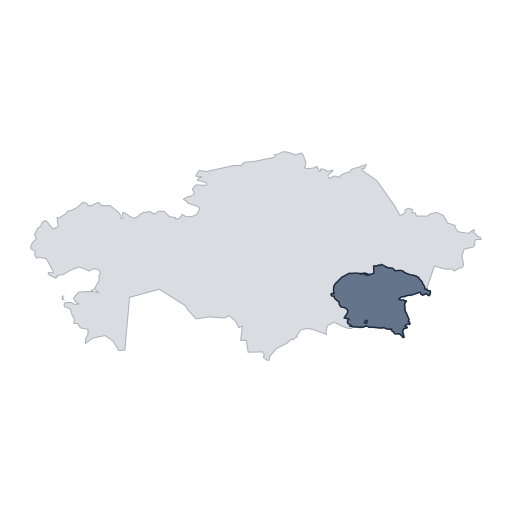 where Almaty sits in Kazakhstan
{"feature_id": "KAZ-3207", "entity_name": "Almaty", "entity_type": "Region", "adm_level": 1, "iso_a3": "KAZ", "parent_name": "Kazakhstan", "parent_adm1": "", "projection": "natural_earth1", "projection_center": [78.658, 44.747], "detail": "fine", "context": "in_parent", "style": "filled", "palette": "slate", "viewbox_px": 512, "rotation_deg": 0, "n_neighbors": 0, "source": "natural_earth", "source_scale": "10m", "svg_char_len": 8666}
<svg xmlns="http://www.w3.org/2000/svg" viewBox="0 0 512 512"><path d="M297.4,336.7L294.7,337.9L293.1,339.8L291.2,339.2L287.4,342.9L276.4,348.6L269.6,356.6L269.3,360.2L267.5,360.3L263.4,357.5L264.3,354.4L262.3,351.9L248.2,352.2L246.3,340.4L240.7,340.3L242.4,326.1L238.9,327.7L235.8,321.5L229.3,315.7L224.0,318.0L210.0,316.9L196.0,318.8L187.2,309.1L185.7,305.9L159.3,289.3L129.5,297.3L124.9,350.1L118.7,350.5L112.8,340.8L104.9,335.5L92.5,338.2L85.5,343.5L85.6,338.9L87.9,334.2L88.1,329.4L80.3,327.8L77.5,323.6L73.9,323.4L74.4,319.0L72.1,315.1L70.2,308.8L64.7,306.9L64.0,304.9L64.7,303.2L66.1,302.6L71.2,302.5L74.6,304.4L78.8,303.9L76.3,302.7L73.3,298.3L78.6,292.1L90.1,291.4L98.7,292.5L94.2,289.0L99.3,280.2L98.9,276.2L100.4,273.4L99.5,270.8L98.0,269.4L93.2,268.8L89.1,271.1L83.6,268.3L78.8,267.1L69.9,270.4L63.5,274.5L57.3,275.5L57.3,277.1L56.5,276.7L55.5,277.4L55.7,278.1L49.2,274.9L48.2,273.7L48.4,272.5L52.5,272.9L53.4,271.9L46.3,258.6L38.9,257.3L36.7,258.2L34.8,255.3L35.1,251.2L31.0,248.7L30.7,246.4L32.2,243.1L36.6,238.3L34.5,235.2L35.0,233.3L37.6,228.4L40.7,226.3L42.1,222.5L44.3,220.7L46.5,221.0L52.3,228.3L53.4,228.7L57.1,227.3L58.2,226.1L57.0,217.7L59.0,217.9L65.1,214.4L67.5,211.2L71.1,210.5L76.8,207.8L82.8,202.2L86.7,203.3L88.3,205.7L91.2,205.6L98.3,202.4L101.7,205.6L110.0,205.6L118.0,211.8L120.7,215.4L120.9,218.2L121.8,218.8L123.0,217.1L122.3,213.1L123.5,212.2L130.8,217.0L134.2,218.2L138.4,216.3L139.6,214.5L143.7,212.1L145.0,212.6L149.4,211.4L153.9,213.9L156.2,213.4L158.5,211.1L164.1,211.4L169.4,216.6L175.5,217.6L176.1,219.4L179.4,218.2L182.4,214.4L186.2,216.8L191.9,216.6L196.9,214.3L199.5,209.1L199.3,207.8L197.3,206.2L187.8,203.3L187.1,201.6L183.4,199.3L188.0,196.7L190.7,196.3L194.4,193.7L192.4,189.0L195.7,184.9L205.7,185.3L206.9,184.5L206.3,183.0L202.6,181.4L197.8,180.6L197.4,179.9L198.3,178.4L201.6,177.3L201.1,176.5L198.6,176.9L195.8,176.0L199.0,170.5L206.4,171.5L233.9,165.5L238.9,165.3L240.6,166.1L242.4,163.7L245.0,162.2L253.0,161.6L273.9,157.4L274.9,156.3L274.5,154.8L278.0,154.2L282.9,151.7L288.3,152.2L295.5,154.8L301.5,152.9L303.3,155.3L305.9,162.5L305.4,165.8L304.3,167.2L304.7,167.8L307.3,168.6L314.4,167.9L316.4,166.3L318.5,169.1L319.1,171.6L320.6,170.8L320.4,169.5L321.0,168.9L324.1,169.3L327.5,171.3L332.7,170.2L332.3,171.7L328.2,174.8L327.9,176.3L329.2,178.4L334.1,176.0L337.8,176.6L339.3,177.8L340.5,175.6L344.6,173.2L348.8,172.2L350.5,171.2L351.1,169.5L366.2,164.7L364.2,168.8L361.7,168.7L362.3,170.4L377.0,180.8L394.4,205.5L400.1,215.5L404.9,213.1L405.1,209.8L408.2,208.2L412.5,209.7L412.0,212.8L415.4,212.9L416.3,216.0L427.6,216.1L430.4,213.8L436.9,212.4L443.4,215.5L447.7,223.0L455.1,225.5L455.3,227.8L458.0,231.7L468.5,233.4L473.8,229.5L474.4,230.6L473.3,232.5L475.4,233.5L477.6,236.4L480.2,237.4L481.3,239.2L475.6,239.7L474.8,241.3L474.8,244.7L473.0,247.1L464.2,249.1L461.9,255.7L463.7,265.1L461.8,267.8L459.1,268.2L454.1,271.1L452.7,269.1L445.5,269.1L434.4,266.1L426.8,288.7L426.9,289.8L430.2,291.2L430.3,293.0L429.2,295.4L426.3,294.1L422.7,294.9L419.8,292.2L401.4,297.1L399.3,298.9L400.7,300.1L403.7,300.0L406.2,301.3L404.8,303.6L404.9,310.2L408.3,317.8L408.5,321.5L409.9,323.6L409.5,324.4L407.9,324.1L405.4,325.3L405.3,326.3L407.1,327.7L403.2,329.7L402.8,331.3L403.9,336.9L403.4,337.6L400.1,334.4L394.4,333.4L391.0,329.2L366.6,326.3L353.5,326.8L351.1,328.6L348.0,328.3L341.8,326.2L334.9,322.5L332.0,323.1L327.4,325.9L325.8,331.8L326.5,334.4L312.8,329.4L306.9,328.5L301.1,329.8L296.8,335.4L297.4,336.7ZM63.9,299.3L62.9,299.7L61.9,298.1L62.4,296.6L63.4,296.1L62.4,298.0L63.9,299.3ZM93.0,291.3L92.0,291.1L91.6,290.5L92.9,289.8L93.0,291.3Z" fill="#d9dde1" stroke="#a8b0b8" stroke-width="1"/><path d="M426.6,289.3L426.5,289.6L426.9,290.2L427.3,290.3L429.0,290.6L430.2,291.0L430.4,291.3L430.4,291.8L430.4,292.4L430.2,293.7L429.9,294.7L429.4,295.5L428.7,295.6L428.1,295.3L427.2,294.3L426.6,294.0L426.1,293.9L425.5,294.0L423.3,295.0L422.8,295.2L422.3,295.0L422.1,294.7L421.9,294.6L421.1,294.5L421.0,294.4L420.9,294.2L420.9,293.9L420.8,293.4L420.6,292.8L420.3,292.4L419.9,292.4L419.5,292.3L419.0,292.4L418.1,293.0L413.7,294.3L412.7,294.8L412.3,294.9L411.8,294.9L410.4,295.4L410.1,295.4L409.2,295.2L408.6,295.2L406.8,295.8L406.0,295.7L405.8,295.7L405.6,295.9L405.3,296.4L405.2,296.6L404.9,296.6L404.0,296.6L403.2,296.9L402.4,296.7L401.9,296.8L401.5,297.0L401.0,297.3L399.9,298.2L399.4,298.4L399.2,298.6L399.0,299.0L399.3,299.4L400.7,300.2L401.2,300.2L403.2,299.8L403.5,299.9L403.8,300.0L404.3,300.4L406.2,301.0L406.3,301.1L406.4,301.3L406.3,301.5L406.2,301.6L405.4,301.8L405.0,301.9L404.8,302.2L404.8,302.4L404.9,302.5L405.1,302.7L405.1,302.9L405.1,303.1L404.9,303.4L404.6,304.5L404.5,305.1L404.6,305.6L405.0,307.7L405.1,308.2L404.8,309.3L404.7,309.8L404.7,310.1L404.9,310.3L405.3,310.6L405.4,310.9L405.5,311.1L405.5,311.4L405.5,311.7L405.6,312.0L405.8,312.3L406.3,312.8L407.6,316.1L409.0,319.3L409.0,319.8L408.8,320.2L408.2,321.2L408.4,321.5L408.8,321.6L409.3,321.8L409.4,322.0L409.5,322.2L409.5,322.5L409.6,322.8L409.6,323.0L409.9,323.5L409.9,323.8L409.9,324.1L409.7,324.3L409.2,324.5L409.0,324.4L408.4,324.0L408.0,324.0L407.5,324.2L406.6,324.8L405.6,325.2L405.1,325.5L405.0,325.9L405.2,326.3L405.6,326.6L406.4,326.9L406.9,327.0L407.1,327.1L407.2,327.4L407.2,327.7L406.9,327.8L406.4,327.9L405.5,328.2L405.3,328.4L404.7,328.6L404.1,328.5L403.8,328.6L403.5,328.9L403.3,329.8L403.1,330.2L402.7,330.8L402.6,331.0L402.5,331.4L402.6,331.6L402.7,331.8L402.8,332.4L402.9,332.6L403.2,333.0L403.4,333.3L403.3,333.6L403.2,333.9L403.2,334.1L403.5,335.2L403.5,335.4L403.7,335.7L403.8,335.9L404.0,336.9L404.0,337.2L403.8,337.4L403.4,337.6L402.9,337.3L402.5,336.9L402.2,336.4L401.8,335.9L401.1,335.3L400.7,334.7L400.0,334.2L397.5,333.7L397.0,333.7L396.1,333.9L395.0,333.8L394.4,333.6L394.1,333.2L393.6,332.0L393.2,331.7L392.3,331.3L391.9,330.9L391.7,330.6L391.6,330.3L391.5,330.0L391.5,329.7L391.6,329.2L391.2,328.9L390.8,329.0L389.9,329.4L389.4,329.4L389.0,329.3L388.2,329.2L387.3,328.9L385.9,328.7L385.7,328.6L385.4,328.3L384.9,328.1L383.8,327.7L383.0,327.6L382.5,327.7L382.3,327.8L381.9,328.0L381.7,328.1L381.4,328.1L380.9,327.9L380.7,327.9L380.2,327.9L379.7,327.9L378.5,328.0L377.9,327.9L377.3,327.6L377.0,327.5L376.8,327.5L376.5,327.5L376.4,327.5L376.2,327.7L375.9,327.8L375.8,327.7L375.7,327.6L375.6,327.4L374.8,327.3L374.1,327.2L373.8,327.3L373.2,327.5L372.8,327.4L372.6,327.3L372.4,327.2L372.0,327.2L371.6,327.1L371.3,327.1L370.8,327.3L370.4,327.4L369.3,327.2L369.1,327.2L368.9,327.2L368.7,327.2L368.2,326.6L367.7,326.4L366.4,326.2L366.2,326.1L365.5,326.3L365.0,326.3L364.8,326.3L364.6,326.5L364.3,326.7L364.2,326.8L363.9,326.8L363.4,327.2L363.1,327.2L362.6,327.2L362.2,327.4L361.7,327.4L361.1,327.2L360.8,327.1L360.6,327.2L360.2,327.5L359.9,327.5L359.8,327.3L359.7,327.2L359.3,327.3L359.2,327.3L358.2,327.1L357.2,327.1L356.3,326.9L356.0,326.9L355.3,327.1L355.0,327.1L354.1,326.8L353.7,326.8L353.1,326.8L352.7,326.5L350.5,326.2L351.3,325.7L350.4,324.9L349.1,324.4L348.1,323.7L347.8,323.1L347.6,322.8L347.5,322.3L347.3,321.6L348.1,320.2L348.9,319.2L347.9,318.7L346.9,318.7L346.5,318.3L346.1,318.4L345.2,318.2L344.2,317.8L347.2,313.3L347.7,312.0L347.8,310.4L346.9,309.4L345.8,308.4L343.9,307.4L341.4,307.1L339.8,305.6L339.2,304.1L339.0,302.2L334.8,298.5L334.3,297.6L334.1,296.4L333.0,296.1L331.9,296.1L331.0,294.8L331.4,293.5L334.2,293.4L333.9,292.7L333.7,291.9L333.5,289.6L333.9,286.1L335.4,283.6L341.9,277.2L349.2,273.3L351.8,273.4L354.7,273.1L357.7,273.2L359.5,273.7L360.1,273.6L360.4,273.8L360.4,273.5L361.3,274.0L361.6,274.2L361.7,273.8L361.7,273.7L361.8,273.7L362.0,273.5L362.5,273.3L363.3,273.5L363.5,273.5L363.7,273.4L364.0,273.2L364.0,273.3L364.0,273.5L363.9,273.7L364.0,273.9L364.3,274.1L365.4,274.5L366.0,274.9L366.3,275.0L366.0,274.6L365.6,274.1L365.2,273.6L365.1,273.2L365.3,273.1L365.5,273.2L366.1,273.8L366.3,273.9L366.7,273.8L367.3,273.7L367.8,273.9L368.2,274.2L368.5,274.8L368.5,275.0L368.8,275.2L369.6,275.0L369.7,274.8L369.9,274.6L370.0,274.4L370.2,274.2L370.5,274.1L371.4,274.1L372.2,273.8L372.6,273.8L372.8,273.7L373.8,273.3L373.9,271.3L373.6,266.2L374.4,265.8L376.6,266.2L377.7,265.4L378.8,265.0L379.5,265.7L381.3,264.4L384.5,265.9L385.4,266.6L386.5,266.8L387.2,267.7L388.9,267.9L389.9,267.8L392.9,268.3L394.9,270.7L400.8,270.4L403.6,271.3L403.7,272.0L404.5,272.5L409.4,274.5L412.5,275.2L413.7,275.2L414.5,275.6L414.8,276.0L416.0,275.9L416.4,276.2L416.5,276.5L418.6,277.4L419.1,278.5L422.2,282.0L423.0,284.3L424.1,285.7L424.8,287.4L424.6,288.8L426.3,289.4L426.6,289.3L426.6,289.3ZM366.3,323.2L366.8,322.7L367.1,321.8L367.1,320.5L366.7,320.2L366.0,320.3L365.6,320.7L365.2,321.2L364.9,321.7L364.6,322.0L364.5,322.7L365.0,323.0L365.7,323.0L366.3,323.2Z" fill="#64748b" stroke="#1e293b" stroke-width="1.5"/></svg>